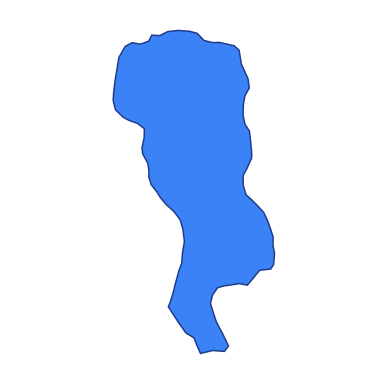 Sygkrasi, Cyprus (Mercator projection), rotated 187°
{"feature_id": "46923920B94821377513364", "entity_name": "Sygkrasi", "entity_type": "district", "adm_level": 2, "iso_a3": "CYP", "parent_name": "Cyprus", "parent_adm1": "", "projection": "mercator", "projection_center": [33.851, 35.292], "detail": "fine", "context": "isolated", "style": "filled", "palette": "blue", "viewbox_px": 384, "rotation_deg": 187, "n_neighbors": 0, "source": "geoboundaries", "source_scale": "gbopen_adm2", "svg_char_len": 1244}
<svg xmlns="http://www.w3.org/2000/svg" viewBox="0 0 384 384"><g transform="rotate(187 192 192)"><path d="M163.9,32.8L152.2,37.2L140.4,37.7L137.0,43.6L144.3,55.0L152.2,66.4L156.1,74.7L160.1,83.6L159.1,92.0L155.1,99.9L149.7,102.4L134.0,106.8L125.7,106.3L121.2,113.2L115.3,122.6L104.5,125.1L102.1,130.0L102.6,141.4L105.0,148.3L106.0,157.2L109.4,164.6L113.4,172.5L118.3,180.4L125.2,186.3L132.0,191.7L137.9,195.7L141.9,204.6L143.3,214.4L140.4,221.9L137.0,232.7L137.4,237.6L139.9,249.0L142.4,259.4L147.8,265.8L150.7,274.7L151.7,285.5L151.2,293.9L147.8,302.3L150.2,311.2L158.6,325.0L162.5,338.4L167.9,342.3L183.2,343.8L189.5,342.8L198.4,343.8L206.3,350.2L214.1,351.2L225.4,350.7L235.7,348.2L243.1,343.3L251.0,342.8L253.4,336.4L261.3,332.4L269.6,332.9L276.0,328.5L281.0,316.6L281.4,304.8L281.9,293.9L281.9,281.6L281.4,273.2L278.0,264.3L269.6,257.9L263.3,255.4L254.4,253.4L247.0,249.0L246.1,240.1L247.0,229.7L245.6,223.8L239.2,214.9L237.2,207.0L236.7,201.6L233.3,194.2L226.9,187.8L222.5,182.4L216.1,176.4L207.7,170.5L200.4,163.1L196.4,153.7L193.5,141.9L194.0,130.5L193.5,120.2L195.4,112.3L197.4,98.4L198.4,90.0L199.9,81.2L201.5,75.2L190.0,61.4L180.8,51.3L172.3,47.5L168.5,40.5L163.9,32.8Z" fill="#3b82f6" stroke="#1e3a8a" stroke-width="1.5"/></g></svg>